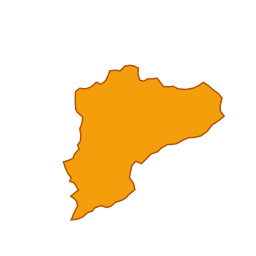 Alumínio, São Paulo, Brazil (orthographic projection), rotated 239°
{"feature_id": "56859067B48087755422140", "entity_name": "Alumínio", "entity_type": "district", "adm_level": 2, "iso_a3": "BRA", "parent_name": "Brazil", "parent_adm1": "São Paulo", "projection": "orthographic", "projection_center": [-47.283, -23.532], "detail": "fine", "context": "isolated", "style": "filled", "palette": "amber", "viewbox_px": 256, "rotation_deg": 239, "n_neighbors": 0, "source": "geoboundaries", "source_scale": "gbopen_adm2", "svg_char_len": 1298}
<svg xmlns="http://www.w3.org/2000/svg" viewBox="0 0 256 256"><g transform="rotate(239 128 128)"><path d="M128.3,216.1L127.9,210.8L128.5,204.7L131.2,197.5L135.7,191.1L140.6,188.2L142.2,184.3L145.4,179.7L155.8,178.6L157.5,174.3L160.1,170.0L159.9,165.6L163.2,162.7L169.6,164.6L174.0,167.6L177.7,165.4L180.6,162.2L182.7,157.3L181.0,150.5L183.7,147.5L186.5,141.9L182.8,137.5L180.2,133.4L179.2,127.6L183.6,124.5L182.2,117.7L183.3,111.9L186.9,107.0L186.1,101.7L180.8,98.2L175.7,95.3L171.2,92.9L167.4,92.7L160.7,94.8L155.6,90.8L152.3,86.4L146.2,84.0L141.0,80.1L139.6,76.2L135.1,75.1L133.2,68.7L130.4,65.3L130.8,60.7L132.2,55.2L125.6,53.7L120.2,53.1L114.8,53.7L112.2,50.6L109.0,53.5L104.5,53.7L100.4,53.5L99.8,49.0L99.0,43.8L95.3,45.4L91.7,46.3L86.9,44.5L82.8,37.7L78.4,32.0L75.9,38.1L75.1,43.5L76.3,49.4L75.2,54.6L76.7,58.6L75.3,65.0L70.7,68.9L69.8,73.1L70.8,79.1L69.3,85.0L69.1,89.5L70.5,94.7L71.6,102.1L77.7,104.2L84.5,103.6L88.8,107.2L93.9,112.1L95.5,117.4L90.6,121.2L91.9,127.0L93.9,134.3L92.5,140.9L93.7,146.4L93.5,153.2L91.3,157.3L89.6,161.5L89.4,165.4L89.2,170.0L88.3,175.4L85.5,180.5L83.7,186.5L84.3,194.0L87.3,201.6L87.7,210.3L88.6,216.5L94.8,215.9L98.4,217.6L101.4,220.2L105.3,224.0L110.5,223.3L117.0,220.6L123.0,218.7L128.3,216.1Z" fill="#f59e0b" stroke="#b45309" stroke-width="1.5"/></g></svg>